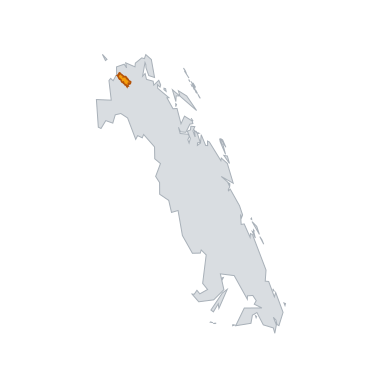 Russia, with Tver' highlighted, rotated 62°
{"feature_id": "RUS-2358", "entity_name": "Tver'", "entity_type": "Region", "adm_level": 1, "iso_a3": "RUS", "parent_name": "Russia", "parent_adm1": "", "projection": "natural_earth1", "projection_center": [34.924, 57.251], "detail": "fine", "context": "in_parent", "style": "filled", "palette": "amber", "viewbox_px": 384, "rotation_deg": 62, "n_neighbors": 0, "source": "natural_earth", "source_scale": "10m", "svg_char_len": 6332}
<svg xmlns="http://www.w3.org/2000/svg" viewBox="0 0 384 384"><g transform="rotate(62 192 192)"><path d="M292.1,237.6L282.1,239.9L283.3,238.0L281.1,233.8L285.6,232.9L285.4,224.0L277.7,225.5L254.2,209.0L247.5,211.1L249.8,213.4L246.3,220.4L225.9,220.9L201.8,213.0L200.4,219.7L188.5,216.5L178.8,221.6L168.5,216.2L161.2,216.8L152.1,206.5L145.2,209.3L134.6,203.9L118.5,207.7L120.8,210.5L116.7,213.5L119.1,217.0L96.4,214.1L89.3,218.0L87.8,223.5L94.0,229.6L88.5,234.6L93.2,242.5L90.8,244.3L65.5,233.0L73.0,220.2L54.6,213.0L53.5,210.5L56.7,209.4L52.9,203.4L46.1,199.9L47.3,191.9L51.7,191.5L46.8,189.9L54.7,183.6L51.6,181.5L50.0,173.4L51.9,171.4L49.0,168.3L55.9,165.7L73.3,171.3L68.9,175.5L60.7,174.3L57.6,172.9L55.6,172.7L66.6,181.3L65.4,177.8L71.2,179.3L75.9,174.3L79.7,175.6L77.8,168.9L82.8,169.4L84.4,171.0L81.0,172.1L84.3,173.6L97.9,168.1L97.1,169.9L109.6,169.7L111.2,166.0L126.6,169.7L121.5,163.0L129.4,158.5L132.0,159.1L131.1,162.0L136.4,169.4L133.5,173.9L128.5,173.6L134.8,175.0L139.1,168.4L141.6,168.1L143.8,171.1L147.4,171.6L143.9,168.3L136.2,167.6L136.4,164.2L133.4,162.1L135.6,158.8L138.5,162.5L143.6,163.3L144.9,163.3L138.6,160.9L142.8,159.8L152.0,161.4L151.2,164.1L153.4,165.4L152.8,161.5L145.7,157.0L157.4,158.1L158.4,156.4L154.3,154.4L156.0,153.2L177.9,151.8L175.8,150.2L183.3,147.4L203.6,151.5L192.0,158.9L199.8,155.9L205.1,156.2L206.8,158.7L207.4,159.1L208.1,159.2L207.4,156.9L226.5,156.5L236.0,158.1L238.1,160.5L234.6,159.7L243.7,163.8L244.7,160.9L259.3,162.0L256.1,159.9L258.1,158.6L295.7,163.3L305.1,169.2L307.0,166.3L323.2,168.5L320.0,165.3L341.0,168.1L350.8,178.0L348.9,179.2L344.5,178.0L340.8,179.0L348.9,179.9L355.6,185.2L350.2,184.0L342.8,191.4L328.9,191.3L329.1,196.5L335.6,201.6L330.6,216.2L319.0,200.3L327.2,184.7L320.3,189.7L318.1,186.3L311.9,186.9L309.7,191.8L312.7,193.5L285.6,194.0L277.6,205.4L293.2,209.7L297.4,223.5L292.1,237.6ZM122.2,149.7L101.7,157.6L96.2,156.5L104.7,151.6L122.2,149.7ZM294.5,206.6L307.4,222.9L303.0,221.3L307.9,229.4L305.1,230.7L295.4,212.6L294.5,206.6ZM92.5,161.3L101.3,157.8L99.7,160.9L104.6,163.8L92.5,161.3ZM246.3,152.9L252.8,151.0L261.1,152.4L246.3,152.9ZM164.4,142.4L174.5,144.7L161.9,143.6L164.4,142.4ZM160.4,140.5L168.4,141.1L158.1,141.8L160.4,140.5ZM176.8,143.9L184.4,145.5L174.6,146.7L176.8,143.9ZM263.2,153.1L266.9,152.7L271.8,153.2L263.2,153.1ZM28.4,206.5L35.0,204.8L35.3,206.7L28.4,206.5ZM85.7,141.5L90.0,141.2L81.6,141.9L85.7,141.5ZM256.7,156.3L262.4,157.7L255.0,157.3L256.7,156.3ZM91.0,167.6L88.5,168.7L87.2,168.0L88.4,166.8L91.0,167.6ZM94.0,140.9L98.0,140.5L100.2,141.0L94.0,140.9ZM107.7,140.9L106.1,141.7L103.0,141.4L103.6,140.9L107.7,140.9ZM111.8,141.0L108.3,140.9L113.2,140.7L111.8,141.0ZM107.4,164.5L109.0,166.3L106.4,164.9L107.4,164.5ZM162.6,142.8L160.1,143.2L157.8,142.6L162.6,142.8ZM96.1,139.9L101.3,139.7L99.6,140.3L96.1,139.9ZM335.9,163.2L333.1,162.9L334.4,161.8L335.9,163.2ZM81.7,141.0L84.9,141.3L78.5,141.3L81.7,141.0ZM129.5,157.9L126.4,158.1L129.5,157.8L129.5,157.9ZM202.4,154.7L204.3,155.7L201.6,155.1L202.4,154.7ZM318.6,166.0L317.0,166.4L315.5,166.0L318.6,166.0ZM101.6,141.9L99.2,141.6L103.1,141.9L101.6,141.9ZM100.6,140.3L102.2,140.9L99.2,140.5L100.6,140.3ZM319.1,232.2L319.0,233.4L318.0,235.0L319.1,232.2ZM97.6,141.9L99.3,142.4L97.1,142.3L97.6,141.9ZM142.5,159.6L140.4,160.0L139.9,160.0L142.5,159.6ZM333.1,194.4L331.0,194.0L332.3,193.4L333.1,194.4ZM255.7,155.3L255.4,156.1L254.3,155.5L255.7,155.3ZM282.2,204.4L283.3,205.9L282.0,205.5L282.2,204.4ZM329.5,216.8L329.1,218.9L328.3,218.2L329.5,216.8ZM93.9,142.0L91.8,142.2L91.1,142.0L93.9,142.0ZM143.5,158.1L143.3,158.9L142.7,158.7L143.5,158.1ZM244.3,152.2L243.4,152.7L243.0,151.7L244.3,152.2ZM315.4,236.6L317.2,234.9L315.5,237.0L315.4,236.6Z" fill="#d9dde1" stroke="#a8b0b8" stroke-width="1"/><path d="M67.2,195.4L67.3,195.5L67.2,195.6L66.9,195.7L66.7,195.8L66.8,195.8L66.7,196.0L66.8,196.3L66.9,196.2L67.1,196.3L67.3,196.5L67.2,196.6L67.0,196.8L66.9,196.8L66.7,196.8L66.8,196.9L66.9,197.0L67.0,197.0L66.9,197.0L66.7,197.0L66.8,197.1L66.7,197.2L66.9,197.2L67.0,197.4L67.1,197.5L67.3,197.6L67.6,197.8L67.7,197.7L67.6,197.8L67.6,198.0L67.6,198.3L68.0,198.5L68.4,198.5L68.6,198.5L68.5,198.8L68.4,198.8L68.5,199.0L68.6,199.3L68.4,199.5L68.5,199.6L68.5,199.8L68.3,199.8L68.6,200.0L68.1,200.1L68.0,199.9L67.9,199.8L67.8,199.7L67.6,199.7L67.2,199.7L67.1,199.8L67.0,200.0L66.7,200.1L66.3,200.2L66.2,200.2L66.2,200.3L66.3,200.3L66.2,200.4L66.3,200.4L66.2,200.5L66.3,200.6L66.2,200.7L66.1,200.8L65.9,200.7L65.6,200.6L65.3,200.7L65.0,200.9L64.9,201.0L64.7,201.0L64.3,201.1L64.2,201.1L64.0,201.3L63.9,201.2L63.6,201.2L63.3,201.1L63.2,201.0L63.1,200.9L62.7,200.9L62.7,201.0L62.8,201.1L62.8,201.3L62.8,201.5L62.7,201.5L62.4,201.8L62.4,202.0L62.2,202.1L62.1,202.3L61.9,202.3L61.8,202.2L61.3,202.3L61.2,202.3L60.9,202.4L60.4,202.2L60.2,202.2L59.7,202.1L59.4,202.0L59.2,202.2L59.2,202.3L58.8,202.4L58.9,202.5L58.6,202.7L58.6,202.8L58.3,202.9L58.3,203.0L58.2,203.0L57.9,203.0L57.6,203.2L57.4,203.2L57.1,203.1L56.9,203.1L56.7,203.1L56.3,203.0L56.2,203.1L55.9,203.0L55.7,203.1L55.4,203.1L55.5,203.0L55.3,203.0L55.3,202.9L55.1,202.8L54.9,202.9L54.8,203.0L54.7,203.0L54.4,202.9L54.2,202.9L54.1,203.0L54.1,202.9L54.0,202.7L54.0,202.4L53.9,202.3L54.0,202.2L54.2,201.9L54.2,201.4L53.9,201.4L53.8,201.2L53.7,201.3L53.6,201.2L53.3,200.9L53.2,200.9L53.4,200.5L53.3,200.3L53.1,200.4L52.9,200.4L52.8,200.2L52.7,200.1L52.8,200.0L53.0,200.0L53.0,199.9L53.1,199.7L53.4,199.6L53.9,199.6L54.0,199.6L54.3,199.6L54.5,199.5L54.6,199.4L54.7,199.2L54.9,199.2L55.1,199.2L55.3,199.1L55.5,199.0L55.8,199.0L55.9,198.9L55.9,198.7L56.0,198.7L56.1,198.8L56.3,198.7L56.5,198.6L56.8,198.5L56.8,198.4L57.0,198.3L57.1,198.2L57.3,198.2L57.6,198.3L57.7,198.2L57.9,198.2L58.0,198.3L58.0,198.1L58.1,197.9L58.1,197.7L58.3,197.6L58.5,197.6L58.6,197.4L58.7,197.1L58.9,197.1L59.0,197.0L58.9,196.8L58.9,196.7L58.7,196.7L58.8,196.5L58.9,196.4L59.0,196.3L59.3,196.4L59.5,196.3L59.6,196.2L59.9,196.2L60.6,196.3L60.8,196.4L61.0,196.5L61.1,196.3L61.0,196.2L61.4,196.1L61.6,196.1L61.8,196.2L62.0,196.1L62.3,196.0L62.2,195.9L62.3,195.8L62.2,195.7L62.4,195.7L62.5,195.6L62.9,195.5L63.3,195.6L63.7,195.6L64.0,195.4L64.3,195.4L64.5,195.3L64.8,195.3L64.9,195.2L65.0,195.1L65.2,194.9L65.3,194.9L65.5,194.7L65.4,194.6L65.5,194.5L65.9,194.5L66.0,194.4L66.2,194.5L66.3,194.6L66.7,195.0L66.8,195.1L67.0,195.3L67.2,195.4Z" fill="#f59e0b" stroke="#b45309" stroke-width="1.5"/></g></svg>